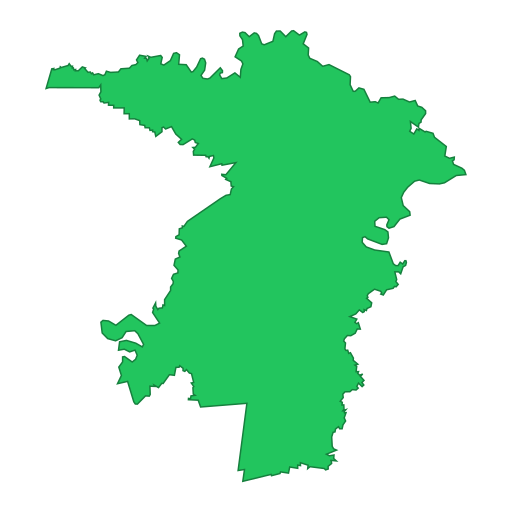 the district of Pánuco, Veracruz, Mexico
{"feature_id": "50627088B51457701094932", "entity_name": "Pánuco", "entity_type": "district", "adm_level": 2, "iso_a3": "MEX", "parent_name": "Mexico", "parent_adm1": "Veracruz", "projection": "mercator", "projection_center": [-98.304, 22.081], "detail": "fine", "context": "isolated", "style": "filled", "palette": "green", "viewbox_px": 512, "rotation_deg": 0, "n_neighbors": 0, "source": "geoboundaries", "source_scale": "gbopen_adm2", "svg_char_len": 5970}
<svg xmlns="http://www.w3.org/2000/svg" viewBox="0 0 512 512"><path d="M46.1,88.5L49.0,87.6L98.8,87.7L100.7,84.9L100.9,91.8L99.1,95.1L100.8,99.0L100.0,100.1L100.7,101.7L103.2,101.8L104.0,103.0L108.6,102.4L108.5,105.2L113.7,105.3L113.7,107.9L124.2,107.9L124.1,113.7L129.3,113.7L129.3,118.9L134.6,118.8L139.7,120.6L139.9,124.6L144.7,125.4L145.1,127.7L149.4,127.8L150.0,130.4L152.6,130.1L152.6,131.7L154.8,132.0L155.8,136.4L162.0,131.7L161.9,127.8L163.5,127.0L165.6,129.0L171.5,126.6L175.8,134.1L181.6,139.3L178.3,142.4L180.1,144.5L183.1,144.6L192.3,138.9L194.7,140.1L195.3,142.5L198.3,143.5L195.4,147.3L192.9,147.5L194.6,149.2L193.3,151.4L193.6,155.1L205.7,155.3L206.1,156.7L208.0,156.7L209.0,158.2L209.5,156.4L213.4,155.5L213.9,157.9L209.9,166.7L221.8,163.7L222.0,165.2L235.9,162.6L225.9,174.7L221.8,174.3L221.9,175.5L226.7,178.3L225.7,179.4L230.9,181.7L231.2,186.0L233.5,186.7L231.4,189.1L230.2,194.6L226.0,195.3L220.2,198.8L187.4,221.4L183.9,226.4L182.3,226.0L182.4,227.8L179.3,228.8L179.1,234.8L175.9,236.6L175.7,238.2L181.6,240.0L186.3,246.2L179.1,251.0L178.6,253.4L179.9,257.0L175.3,259.1L174.0,265.3L178.0,269.9L177.9,272.9L173.5,274.3L171.6,278.4L173.3,281.3L173.1,283.7L170.6,287.0L170.6,290.5L164.6,299.6L164.6,305.5L163.0,304.9L162.4,307.9L159.0,308.2L157.8,309.6L155.8,306.2L155.6,302.9L152.9,308.1L153.7,309.0L152.6,312.5L159.6,323.1L154.9,325.5L146.6,325.5L131.2,314.5L128.8,315.2L115.9,325.3L108.6,321.0L103.0,320.4L100.9,322.2L102.2,333.0L107.7,338.6L115.6,340.8L122.1,337.7L126.1,331.5L134.7,330.7L137.9,333.7L143.6,344.4L142.3,346.9L135.8,343.2L126.4,340.4L119.6,341.8L118.5,350.2L124.3,349.2L129.7,351.9L135.0,350.1L137.2,355.2L135.6,359.3L132.2,362.0L124.5,356.5L122.6,356.9L122.6,361.9L118.8,367.1L121.4,375.5L117.5,383.7L127.6,381.4L133.8,401.8L135.3,404.0L137.4,404.1L145.5,395.9L149.3,396.1L150.2,394.4L149.9,386.2L154.7,386.4L154.1,385.1L158.5,387.6L161.8,383.3L163.1,383.5L169.4,374.7L174.4,375.3L175.9,367.4L179.1,367.2L179.7,365.7L183.1,368.3L183.0,370.6L184.8,371.4L186.5,369.6L189.3,373.0L191.5,373.6L193.7,382.5L191.3,383.0L193.8,386.5L192.9,387.7L193.3,394.0L195.1,395.3L191.0,395.9L190.5,398.7L188.5,398.4L188.4,399.7L198.2,400.2L200.6,407.0L246.9,403.3L238.1,470.5L244.5,469.5L242.8,481.3L271.1,474.4L271.5,475.7L280.0,473.5L280.5,471.9L288.5,473.1L289.7,467.0L297.7,468.3L297.7,465.1L300.5,465.6L300.4,462.7L308.1,465.2L307.7,468.6L310.0,466.7L324.3,468.5L325.6,469.9L328.2,469.0L328.1,466.3L331.6,463.5L331.3,460.7L330.3,460.3L336.3,460.9L333.7,458.5L334.0,455.0L329.4,455.8L326.4,454.2L336.5,450.1L333.6,448.8L332.2,446.3L331.7,436.9L333.1,432.3L335.0,431.9L335.5,429.0L338.5,426.7L339.7,428.8L342.1,428.8L343.0,424.8L345.6,421.0L344.2,417.9L346.0,412.7L344.5,412.9L344.2,411.6L345.8,409.7L343.0,410.6L344.0,409.0L343.8,404.9L342.0,405.0L342.3,402.3L340.2,401.3L343.2,397.6L342.8,394.2L345.0,391.8L349.9,391.7L352.3,389.6L356.1,390.0L358.2,388.1L356.8,386.4L358.5,383.1L362.1,386.6L363.8,385.0L361.9,382.5L364.0,380.4L360.4,376.4L362.7,374.0L359.7,375.2L357.7,373.4L358.5,371.6L356.1,371.7L356.7,366.4L354.9,365.1L357.8,364.2L353.2,360.3L353.4,358.1L350.4,352.7L348.7,353.4L347.7,350.2L345.9,350.4L344.9,348.8L345.5,343.0L343.7,341.1L344.4,338.8L347.4,335.5L350.8,335.7L355.2,333.2L357.2,329.0L360.3,329.1L358.3,322.7L356.7,323.7L354.9,322.4L356.8,319.1L349.8,316.6L355.8,313.9L359.3,309.9L362.7,312.5L364.3,311.6L364.1,309.6L366.4,310.5L367.0,308.5L370.9,306.7L371.7,302.8L366.6,298.3L367.9,297.4L367.2,295.6L368.3,293.7L374.5,289.2L380.6,291.2L381.7,292.9L380.8,294.1L383.3,295.0L386.6,289.8L393.1,288.3L394.6,286.4L396.1,286.8L398.2,284.4L395.8,281.5L396.7,279.6L394.8,271.9L398.6,271.8L400.7,273.8L403.1,266.8L405.6,265.4L406.4,262.5L405.9,260.7L404.8,260.7L402.7,264.0L400.2,262.2L398.1,265.6L395.7,265.6L393.3,263.8L388.9,252.0L374.6,250.0L366.2,246.9L362.2,242.3L362.5,237.6L365.1,236.7L367.6,238.9L382.1,244.4L386.6,243.7L388.5,237.8L387.9,231.9L384.8,229.6L375.0,226.3L374.7,221.3L379.1,217.7L386.5,217.2L389.0,219.7L386.8,224.9L387.0,226.7L389.0,228.2L394.0,226.6L399.9,219.1L410.1,215.2L409.7,211.7L403.2,205.6L401.3,197.6L403.7,192.3L407.7,187.2L414.6,181.2L419.3,180.0L429.6,183.5L439.4,183.9L444.5,182.8L456.3,175.5L465.9,174.6L464.4,170.3L461.9,168.2L453.6,164.4L452.4,160.9L454.1,159.8L454.3,157.1L449.5,158.3L444.8,156.0L446.3,146.5L434.5,137.3L433.0,133.3L426.1,131.3L425.1,132.0L419.1,128.3L418.9,130.4L416.8,128.9L413.8,134.0L409.7,131.3L411.1,128.3L410.4,121.5L418.4,127.1L419.0,123.4L421.0,122.2L421.2,119.8L425.6,113.6L425.6,110.8L421.8,107.3L417.7,106.0L415.2,100.5L409.5,102.0L403.0,99.1L398.6,99.3L394.7,96.1L389.2,97.6L381.1,97.8L378.1,103.0L375.2,101.7L370.2,102.2L363.9,89.3L358.9,87.9L355.2,91.3L353.2,91.3L350.1,84.7L350.5,76.7L349.3,74.8L329.0,64.6L322.7,66.3L317.3,61.5L309.8,58.3L308.2,55.0L308.6,48.0L303.2,43.8L307.0,34.4L306.5,32.4L304.8,31.9L299.4,35.1L293.6,30.7L291.6,31.0L285.8,36.7L280.2,31.0L276.4,31.1L274.6,33.7L272.9,41.3L264.2,44.8L261.7,43.8L258.5,35.5L256.5,33.4L254.2,32.9L249.2,36.7L245.0,32.6L242.4,32.1L239.8,33.3L239.9,35.8L242.5,39.7L243.2,46.0L238.6,49.0L235.1,56.8L241.5,61.0L242.9,63.9L240.9,69.4L240.3,77.3L234.9,72.9L226.8,78.0L221.8,78.6L219.6,74.9L220.2,73.1L222.4,72.6L222.5,70.7L220.3,67.8L209.9,78.1L207.5,79.0L202.9,78.3L201.0,75.4L204.6,70.2L205.7,62.9L204.5,59.2L202.4,58.1L200.6,58.7L196.7,67.0L193.0,71.6L191.3,72.1L186.2,64.7L178.7,64.3L179.5,54.8L176.5,52.7L173.6,53.4L170.4,60.6L163.8,65.1L160.8,63.8L162.2,57.4L160.7,55.5L150.9,57.3L148.1,56.1L149.1,58.1L147.2,60.9L146.5,58.4L144.7,58.2L146.0,56.4L139.6,55.2L136.5,59.9L137.9,62.6L135.9,64.6L131.9,65.5L129.4,68.2L120.9,68.8L118.4,72.0L110.5,72.4L106.4,71.2L104.9,74.7L103.0,75.6L98.4,73.7L93.7,74.8L92.6,72.9L91.4,73.7L90.3,72.0L88.0,72.3L84.6,68.4L85.3,67.9L82.3,66.9L78.3,70.8L75.3,70.8L75.6,69.5L73.8,69.8L73.4,67.9L72.2,67.9L72.5,66.2L71.0,66.2L69.2,63.7L68.1,65.5L61.2,67.5L60.3,66.8L60.0,68.1L54.9,69.8L53.4,69.7L53.8,68.5L51.8,68.8L46.1,88.5Z" fill="#22c55e" stroke="#15803d" stroke-width="1.5"/></svg>